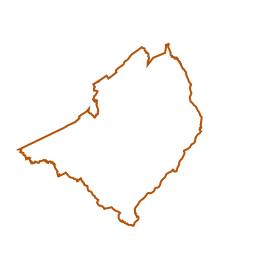 the district of Candelaria, Valle del Cauca, Colombia, rotated 221°
{"feature_id": "7082276B28574289150765", "entity_name": "Candelaria", "entity_type": "district", "adm_level": 2, "iso_a3": "COL", "parent_name": "Colombia", "parent_adm1": "Valle del Cauca", "projection": "equal_earth", "projection_center": [-76.363, 3.377], "detail": "fine", "context": "isolated", "style": "outline", "palette": "amber", "viewbox_px": 256, "rotation_deg": 221, "n_neighbors": 0, "source": "geoboundaries", "source_scale": "gbopen_adm2", "svg_char_len": 5770}
<svg xmlns="http://www.w3.org/2000/svg" viewBox="0 0 256 256"><g transform="rotate(221 128 128)"><path d="M152.5,218.1L153.9,215.4L152.7,214.4L149.3,209.1L154.9,197.8L155.0,196.7L154.5,188.5L155.3,189.7L156.2,190.2L156.2,190.5L155.8,190.8L155.8,191.0L156.2,191.5L157.2,192.2L157.3,193.4L157.6,194.1L158.8,195.2L159.9,195.4L160.5,196.5L161.3,197.4L162.7,197.4L163.7,196.7L164.1,197.4L164.4,197.7L165.2,197.3L166.6,197.7L167.4,198.8L167.8,198.9L169.5,197.9L170.5,198.2L170.8,197.4L171.3,194.6L173.4,186.1L173.5,184.5L173.1,179.8L173.4,178.0L174.1,176.3L174.1,175.7L173.9,174.8L173.2,173.6L173.1,172.9L173.9,169.3L174.6,167.3L174.9,163.5L173.3,162.5L173.7,162.0L173.5,161.1L173.5,160.5L175.3,152.4L178.5,153.5L180.4,146.1L180.8,145.2L180.6,145.1L180.9,143.9L180.7,143.7L180.8,143.4L181.0,143.5L181.2,143.0L181.3,143.1L182.8,138.3L182.0,138.4L180.7,137.1L179.9,137.2L179.8,135.9L178.3,133.9L178.0,134.0L177.4,134.8L175.1,135.7L174.6,134.3L174.5,133.4L174.0,131.0L174.4,130.0L174.0,128.8L173.2,127.9L173.1,127.3L173.3,127.0L173.1,126.5L171.9,126.8L171.3,127.3L171.2,126.9L171.0,127.2L170.5,127.2L170.2,126.8L170.0,127.5L169.7,126.9L169.2,126.9L168.9,127.5L168.5,126.5L168.1,126.4L168.0,126.1L167.5,126.0L167.4,125.3L167.2,124.9L166.1,124.5L165.7,124.0L161.9,121.8L161.3,120.7L161.4,120.2L161.2,120.0L160.7,119.5L159.9,119.2L159.9,118.5L160.2,118.1L160.4,117.6L160.3,117.2L160.6,117.1L160.7,116.9L160.5,116.3L160.3,116.3L160.1,116.0L159.9,114.1L160.9,113.8L162.0,114.4L164.6,114.3L165.4,114.6L166.1,114.2L167.8,114.0L168.5,114.4L170.2,117.0L170.1,113.1L171.9,107.0L172.4,104.4L171.0,103.6L171.0,103.4L171.1,103.1L171.4,101.4L171.2,101.2L171.4,100.5L171.3,100.4L171.5,98.9L171.6,99.0L171.7,98.1L175.7,88.9L175.5,88.7L176.2,86.7L189.1,56.8L196.1,40.4L195.4,40.9L194.6,41.8L194.5,41.7L194.5,40.5L193.4,39.8L193.3,39.1L193.0,39.2L193.0,39.9L192.8,40.2L192.4,40.0L192.4,39.6L192.2,39.5L191.6,39.7L191.0,40.3L190.5,40.5L190.0,40.2L189.5,39.2L189.0,39.4L188.2,39.3L187.9,39.7L187.5,39.8L186.7,39.0L185.9,39.0L185.1,38.6L184.8,38.2L184.7,39.0L184.6,38.1L183.9,38.1L183.6,38.6L184.0,39.7L183.8,40.2L183.1,40.8L182.5,40.4L181.9,40.9L181.8,40.7L181.9,40.0L181.7,39.7L180.2,38.9L179.7,39.3L178.6,38.5L178.2,38.0L177.8,37.9L177.6,38.1L177.7,38.4L178.3,38.7L178.1,39.3L177.9,39.4L177.6,39.0L177.3,39.1L177.0,38.7L176.5,38.9L175.8,40.3L175.8,40.8L176.0,41.3L175.5,41.3L175.4,42.1L174.8,42.0L173.9,42.5L173.5,42.5L172.4,43.4L172.5,43.7L172.9,43.8L172.7,44.7L172.9,45.1L171.5,46.4L171.2,47.0L170.8,48.5L169.7,48.4L169.4,49.5L168.9,49.8L168.7,49.6L168.6,49.1L167.5,48.7L167.2,49.0L167.2,49.8L166.9,49.8L166.7,49.5L166.5,48.8L166.2,48.8L165.8,49.1L165.3,49.3L165.8,50.0L165.8,50.4L164.7,51.8L164.4,52.0L163.9,51.9L163.1,51.3L162.4,52.0L162.5,52.5L162.3,52.7L161.8,52.3L161.3,52.5L161.0,52.1L160.3,52.7L160.0,52.7L159.8,52.6L159.6,51.8L159.2,52.0L159.0,51.3L157.9,50.9L157.0,50.1L152.6,48.9L152.7,48.5L152.2,47.9L149.5,46.0L149.2,46.4L149.6,46.9L149.3,47.8L148.7,47.3L149.0,46.7L148.5,46.2L145.6,53.5L140.4,52.7L138.5,53.2L136.1,54.4L135.2,54.2L134.7,54.7L133.0,55.3L132.5,55.7L131.4,54.5L130.9,55.5L130.9,58.0L130.7,59.0L130.1,59.1L129.3,58.3L128.7,58.0L128.1,57.8L127.6,58.0L126.4,57.3L125.9,57.3L125.4,57.6L125.1,57.5L123.6,56.4L122.4,57.0L121.2,57.0L120.9,57.5L120.5,57.5L117.9,55.2L116.6,54.7L116.1,54.7L115.6,55.2L114.7,55.5L113.2,55.6L111.1,54.6L110.1,54.5L108.5,54.8L107.5,54.0L105.2,54.0L103.4,54.3L103.0,54.0L102.6,51.6L100.8,50.7L98.9,50.6L98.5,50.6L97.7,51.4L96.6,52.0L96.1,51.8L94.5,52.1L92.8,51.4L92.1,52.6L89.8,55.4L89.0,56.7L88.2,57.5L86.1,57.1L84.7,57.4L83.9,57.1L81.5,58.1L79.3,58.7L78.2,58.7L78.0,56.1L75.7,53.7L75.3,53.5L74.0,53.3L73.1,52.9L72.2,53.1L71.9,53.6L71.7,54.3L71.2,54.3L71.3,53.7L71.2,53.7L71.2,53.3L70.1,53.7L68.5,54.8L68.1,54.2L66.0,54.8L65.9,55.3L64.3,55.1L63.0,56.0L62.1,57.0L60.9,57.1L60.6,57.6L59.9,57.6L60.0,59.2L60.7,60.4L60.9,61.2L60.3,64.7L60.6,66.2L61.4,67.4L62.1,67.9L62.5,67.8L62.8,67.5L63.1,66.8L63.9,67.4L65.2,67.7L65.6,68.0L65.9,68.6L66.9,68.3L67.6,69.4L69.5,71.0L70.1,72.7L70.4,77.9L70.7,78.5L70.9,79.7L70.9,81.4L70.1,84.9L69.9,86.8L70.4,91.2L70.3,91.8L69.9,92.5L68.4,93.2L67.7,94.6L67.1,96.7L67.0,97.6L67.2,98.3L67.9,99.6L67.9,100.5L67.5,101.4L66.4,102.6L66.1,103.6L66.4,105.9L68.1,109.4L68.2,111.3L67.7,115.0L68.6,117.6L68.7,118.9L68.0,121.0L66.9,123.1L66.8,123.8L66.9,125.7L66.7,126.2L66.3,126.2L65.2,125.5L64.7,125.5L63.8,126.0L63.0,127.1L64.6,130.5L65.3,133.5L67.0,136.1L67.3,138.1L67.1,140.4L68.4,145.2L68.9,146.2L69.7,146.9L70.6,147.0L70.8,147.2L70.9,147.6L70.8,148.2L69.5,150.5L68.9,152.5L68.7,154.3L69.3,157.2L68.4,159.5L68.3,160.3L68.5,161.5L70.2,164.3L70.8,165.7L71.1,168.2L71.0,169.2L70.5,170.9L70.7,173.4L73.0,173.7L73.2,174.6L73.6,175.1L73.1,175.6L72.9,176.3L73.0,176.5L73.7,176.4L73.9,177.0L74.3,177.1L74.8,177.8L75.3,178.0L75.6,178.8L79.5,184.5L81.6,184.9L84.9,186.6L87.3,187.1L90.2,188.5L92.1,188.7L93.5,188.5L95.8,189.1L98.0,189.0L101.0,191.1L101.7,191.9L102.5,194.8L103.1,196.0L104.8,196.8L107.6,198.9L108.2,200.0L108.5,201.8L108.9,202.2L109.6,202.5L110.0,202.2L111.3,202.8L111.9,202.8L113.0,203.2L114.4,204.3L115.5,204.6L116.8,205.3L117.4,205.4L117.9,206.0L119.1,206.6L119.6,206.6L120.2,207.7L120.7,208.2L122.5,208.3L123.4,208.8L124.7,208.7L125.1,209.1L125.5,208.8L126.8,209.2L129.4,210.4L130.2,211.1L131.0,210.8L131.8,211.9L133.0,211.5L133.6,212.1L134.3,211.8L135.2,212.5L135.8,212.2L136.0,212.6L136.2,212.4L136.4,212.5L136.8,212.3L137.1,212.5L137.4,212.0L137.5,212.6L137.8,212.3L138.1,212.6L138.3,212.4L138.5,211.8L139.0,211.5L139.3,211.6L139.4,211.2L139.9,211.2L140.1,211.0L140.5,211.2L141.4,210.6L141.8,211.1L142.1,210.7L142.7,211.2L143.6,211.1L144.7,212.0L145.9,213.3L147.1,213.6L148.2,214.4L150.9,215.5L151.4,216.2L152.1,216.5L152.4,217.0L152.0,217.7L152.5,218.1Z" fill="none" stroke="#b45309" stroke-width="2"/></g></svg>